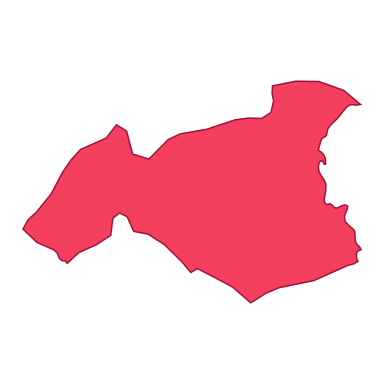 SVG path tracing the border of Gaziantep
{"feature_id": "TUR-3016", "entity_name": "Gaziantep", "entity_type": "Province", "adm_level": 1, "iso_a3": "TUR", "parent_name": "Turkey", "parent_adm1": "", "projection": "robinson", "projection_center": [37.547, 37.105], "detail": "fine", "context": "isolated", "style": "filled", "palette": "rose", "viewbox_px": 384, "rotation_deg": 0, "n_neighbors": 0, "source": "natural_earth", "source_scale": "10m", "svg_char_len": 1443}
<svg xmlns="http://www.w3.org/2000/svg" viewBox="0 0 384 384"><path d="M357.9,261.4L354.0,263.8L348.1,265.3L314.0,280.5L278.7,287.8L265.8,293.3L250.7,302.8L232.6,287.1L212.8,276.5L197.4,268.6L190.8,272.5L182.0,261.9L164.5,244.7L148.0,234.1L133.8,231.4L127.2,216.8L119.5,212.9L112.9,218.2L110.7,235.4L96.4,244.7L78.8,252.6L67.1,263.4L65.4,261.0L61.9,260.7L59.3,258.4L57.4,253.2L53.8,249.8L36.9,242.4L23.0,229.1L28.2,219.7L36.1,212.5L51.0,194.2L62.7,172.1L71.0,160.0L80.6,149.4L106.3,138.0L116.4,124.8L126.6,131.1L132.6,154.0L148.9,159.1L168.3,139.5L180.2,133.9L206.6,129.3L235.2,119.8L248.5,118.1L261.8,118.4L270.9,112.6L273.6,101.0L272.1,93.4L272.5,85.8L295.9,81.2L318.9,81.5L343.9,90.5L360.5,104.5L356.9,105.1L353.3,104.7L349.9,104.8L346.6,107.2L337.2,118.6L330.1,125.6L327.8,129.0L326.4,135.5L325.1,136.6L323.5,137.4L321.9,138.7L320.8,141.0L318.3,150.2L321.3,152.2L323.9,155.0L325.4,158.8L325.6,164.2L324.1,164.2L322.8,161.3L320.8,160.8L319.1,162.7L318.3,166.9L318.9,171.1L320.5,174.5L324.1,180.0L325.5,183.0L325.9,185.4L325.6,191.6L324.2,199.1L324.5,202.3L327.1,204.9L329.7,203.6L331.8,204.8L333.7,206.9L335.8,208.2L337.5,207.8L342.5,205.5L345.3,204.9L347.7,206.2L347.3,209.1L344.6,215.4L344.6,219.3L345.2,221.5L348.3,225.0L354.0,230.0L354.8,232.1L355.1,238.6L355.5,241.2L356.3,243.6L360.0,247.6L361.0,249.7L358.6,250.6L356.8,252.1L356.4,255.5L356.8,259.0L357.8,261.3L357.9,261.4Z" fill="#f43f5e" stroke="#9f1239" stroke-width="1.5"/></svg>